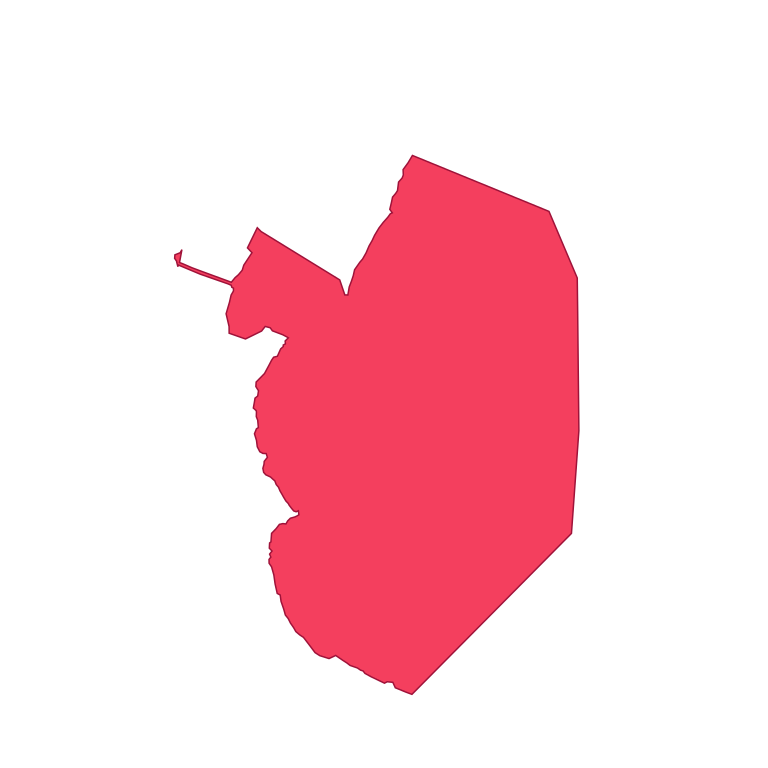 Ngetkib, Palau (orthographic projection), rotated 45°
{"feature_id": "81905179B7485238607741", "entity_name": "Ngetkib", "entity_type": "district", "adm_level": 2, "iso_a3": "PLW", "parent_name": "Palau", "parent_adm1": "", "projection": "orthographic", "projection_center": [134.51, 7.364], "detail": "fine", "context": "isolated", "style": "filled", "palette": "rose", "viewbox_px": 768, "rotation_deg": 45, "n_neighbors": 0, "source": "geoboundaries", "source_scale": "gbopen_adm2", "svg_char_len": 2342}
<svg xmlns="http://www.w3.org/2000/svg" viewBox="0 0 768 768"><g transform="rotate(45 384 384)"><path d="M242.5,202.3L244.6,210.6L245.9,218.9L249.9,222.6L251.2,225.6L251.5,230.9L256.8,237.7L257.5,241.0L257.9,245.8L260.9,250.4L264.6,256.4L268.8,257.1L268.1,259.1L268.8,263.5L269.2,270.3L269.5,272.6L270.1,277.2L272.2,285.5L274.2,291.0L275.8,296.9L278.6,303.9L280.5,310.8L280.8,314.9L282.4,324.0L285.7,329.2L288.3,334.4L290.8,340.0L295.5,346.6L293.3,348.7L279.1,341.7L189.3,363.1L183.9,363.1L191.2,384.3L197.8,384.5L200.8,399.1L203.3,403.8L203.8,409.7L203.5,414.1L204.1,420.0L175.6,433.2L166.2,437.5L156.6,441.3L153.5,442.7L146.1,431.9L146.8,434.4L147.1,435.2L144.8,440.5L147.1,443.2L150.4,443.8L151.1,444.3L155.3,446.8L154.4,445.3L176.4,436.3L202.9,423.5L206.2,422.2L207.9,423.2L209.8,422.7L211.8,424.7L213.0,429.2L216.9,435.4L222.7,446.0L233.8,452.9L238.6,457.6L254.2,450.1L260.0,433.1L259.3,427.3L263.8,424.7L267.5,425.3L277.5,420.8L281.7,419.5L283.7,419.0L283.7,423.5L285.9,425.3L285.2,427.7L286.3,428.7L286.1,432.2L287.5,435.9L289.0,439.8L287.0,443.1L287.7,446.7L289.5,452.4L292.1,461.1L292.2,473.0L295.2,476.4L297.7,477.0L300.0,477.5L303.2,481.8L302.8,485.2L305.2,488.5L308.6,493.4L312.5,493.2L313.7,494.1L316.8,497.4L320.3,498.9L326.0,503.7L325.5,505.9L327.6,510.8L333.8,514.1L338.8,518.0L344.1,519.7L347.5,518.7L349.9,516.5L353.4,518.3L354.0,523.4L355.9,525.6L358.0,529.3L361.4,531.6L364.6,531.8L369.5,530.0L372.7,529.9L375.3,529.7L378.9,531.3L382.4,531.6L386.0,533.1L389.8,534.1L392.6,534.9L397.3,536.1L400.8,536.2L402.8,536.8L406.6,537.3L409.9,537.6L412.2,536.5L413.1,534.2L416.3,536.7L415.8,538.8L415.0,541.0L412.7,545.1L412.7,548.9L413.6,552.3L411.2,554.2L409.3,557.2L410.0,562.6L410.1,569.1L415.7,575.6L415.5,577.3L419.0,581.2L422.9,581.3L423.4,585.2L426.4,586.4L426.7,589.3L429.5,592.0L433.8,592.8L441.1,596.9L448.4,602.4L456.6,607.6L459.8,606.6L464.9,610.5L472.3,614.1L477.6,617.1L482.1,617.6L486.9,619.2L492.4,620.2L496.7,621.4L501.8,621.0L506.2,620.1L517.5,621.6L525.2,622.7L530.7,621.5L539.3,617.0L541.8,610.1L550.4,608.5L555.0,607.5L559.0,607.0L566.0,603.6L569.8,602.9L572.1,601.7L575.2,602.1L582.0,600.1L595.9,595.2L596.8,592.3L601.2,588.7L606.8,590.8L617.3,586.4L623.2,583.7L622.2,357.1L554.9,279.3L505.9,231.3L470.6,196.7L445.7,172.4L378.6,145.3L242.5,202.3Z" fill="#f43f5e" stroke="#9f1239" stroke-width="1.5"/></g></svg>